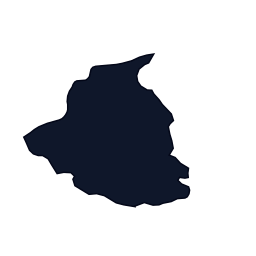 Unsan, P'yŏngan-bukto, North Korea (Mercator projection), rotated 300°
{"feature_id": "82179303B31233151456599", "entity_name": "Unsan", "entity_type": "district", "adm_level": 2, "iso_a3": "PRK", "parent_name": "North Korea", "parent_adm1": "P'yŏngan-bukto", "projection": "mercator", "projection_center": [125.845, 40.087], "detail": "fine", "context": "isolated", "style": "filled", "palette": "ink", "viewbox_px": 256, "rotation_deg": 300, "n_neighbors": 0, "source": "geoboundaries", "source_scale": "gbopen_adm2", "svg_char_len": 1238}
<svg xmlns="http://www.w3.org/2000/svg" viewBox="0 0 256 256"><g transform="rotate(300 128 128)"><path d="M160.3,66.7L153.2,68.9L150.3,68.4L148.2,67.4L143.2,60.1L141.2,58.9L138.3,58.7L135.6,59.2L130.6,58.9L125.5,59.8L120.5,62.1L118.3,64.0L113.6,66.7L111.3,67.3L108.2,67.4L105.5,67.0L103.0,66.2L100.5,64.4L91.7,55.8L84.6,50.3L79.8,47.7L75.2,45.9L68.0,42.3L64.2,47.6L59.5,53.9L58.3,59.0L59.3,64.1L61.5,67.9L61.4,74.2L57.8,80.6L53.1,89.4L57.5,94.5L60.8,100.9L59.5,105.9L56.1,105.9L51.5,110.9L51.3,118.5L51.1,127.4L55.5,133.7L56.8,138.5L57.6,141.3L57.3,155.2L59.4,162.8L63.4,173.4L63.8,173.0L71.6,179.4L73.7,188.2L77.0,193.3L80.3,195.8L85.9,202.2L91.5,206.0L95.9,212.4L98.1,213.7L101.5,213.7L105.0,212.4L107.3,209.9L106.3,202.4L107.6,197.3L111.0,197.3L113.1,202.4L115.3,204.9L118.8,202.4L123.4,200.5L123.6,191.1L126.0,183.6L125.1,177.2L133.0,177.3L138.8,172.3L143.5,167.3L149.3,162.2L152.7,162.3L157.2,163.6L161.8,158.5L165.5,145.9L167.9,140.9L170.4,133.3L172.6,129.7L170.5,125.7L170.6,121.9L170.7,118.1L173.1,113.1L177.7,109.3L184.5,108.1L191.3,110.7L194.7,113.3L201.5,113.3L204.9,113.3L200.4,107.7L195.1,102.6L187.8,97.4L181.0,90.6L177.2,86.2L165.3,69.2L163.0,67.2L160.3,66.7Z" fill="#0f172a" stroke="#020617" stroke-width="1.5"/></g></svg>